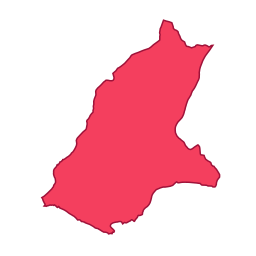 La, Oudômxai, Laos (Albers equal-area conic projection), rotated 264°
{"feature_id": "54806243B9832797211716", "entity_name": "La", "entity_type": "district", "adm_level": 2, "iso_a3": "LAO", "parent_name": "Laos", "parent_adm1": "Oudômxai", "projection": "albers", "projection_center": [102.094, 20.932], "detail": "fine", "context": "isolated", "style": "filled", "palette": "rose", "viewbox_px": 256, "rotation_deg": 264, "n_neighbors": 0, "source": "geoboundaries", "source_scale": "gbopen_adm2", "svg_char_len": 5684}
<svg xmlns="http://www.w3.org/2000/svg" viewBox="0 0 256 256"><g transform="rotate(264 128 128)"><path d="M59.2,36.4L58.9,37.7L59.0,38.5L58.7,38.9L59.0,39.4L59.0,39.8L59.2,40.4L59.1,40.9L59.3,41.5L59.5,41.9L59.5,43.0L59.2,43.4L59.3,44.2L59.2,45.3L59.0,45.6L58.8,45.9L59.2,46.7L59.1,47.1L58.4,47.5L58.0,48.2L57.6,48.4L57.4,48.7L57.0,48.8L56.7,49.2L56.4,49.5L56.7,50.0L56.9,50.3L57.2,50.8L56.9,51.1L56.3,51.2L56.0,51.7L55.5,51.9L54.1,54.5L53.0,56.3L51.5,58.2L49.2,60.6L47.6,62.8L46.7,63.9L45.8,65.2L44.4,66.4L43.6,67.1L42.2,68.0L41.7,68.5L41.8,69.1L41.9,69.7L41.7,70.3L41.1,71.1L40.1,71.7L39.8,72.0L39.8,72.4L39.6,73.3L39.3,73.8L38.8,75.2L38.3,75.4L37.5,77.0L36.1,79.9L33.7,83.2L32.0,85.0L30.9,88.0L30.3,88.5L29.5,89.7L28.0,91.5L26.9,93.2L26.9,94.0L26.7,94.9L26.1,96.4L25.6,97.1L24.8,97.5L24.7,97.6L25.0,100.2L25.0,100.3L24.6,100.8L24.5,101.0L24.8,101.3L25.1,101.2L25.3,101.2L26.0,101.8L26.0,102.1L25.8,102.6L25.9,103.1L26.3,103.4L26.7,103.5L27.0,103.7L28.0,103.2L29.6,101.9L29.9,101.6L30.5,101.1L31.0,100.7L32.0,100.2L32.5,100.2L33.5,100.6L34.0,100.8L34.9,102.3L35.3,103.6L35.6,105.5L35.7,107.8L35.6,108.0L35.8,108.5L35.9,109.5L35.8,110.6L35.6,111.2L35.4,111.5L34.8,112.0L34.6,112.1L33.6,112.5L33.2,112.7L33.6,113.3L33.9,113.8L34.3,114.2L34.3,114.4L34.4,114.8L34.2,115.1L33.9,115.9L33.9,116.3L33.9,116.7L34.2,117.4L34.4,117.9L34.6,118.4L35.1,119.5L35.3,120.2L35.3,120.4L35.6,120.9L36.3,121.7L36.4,121.9L36.3,122.3L36.2,122.5L35.5,123.4L35.3,123.7L35.2,123.9L34.9,124.0L34.7,124.1L34.5,124.4L34.6,124.6L34.7,124.8L34.9,125.0L35.2,125.2L35.7,125.5L36.1,125.8L36.5,126.2L36.9,126.7L38.0,127.8L38.4,128.1L39.0,128.4L39.2,128.6L39.5,128.7L39.8,128.8L40.0,129.1L40.0,129.3L40.0,129.7L39.8,130.2L39.8,130.9L39.9,131.3L40.0,131.8L40.1,132.1L40.5,132.9L40.5,133.2L40.7,133.3L41.0,133.4L41.5,133.5L42.0,133.5L42.4,133.6L42.8,133.9L43.5,134.3L43.8,134.3L44.5,134.6L45.8,135.7L46.9,137.1L48.0,139.1L49.7,140.9L51.4,142.1L53.6,143.1L56.1,144.0L58.0,144.6L59.1,145.2L60.5,146.2L61.9,147.6L63.1,148.9L63.8,149.7L64.3,151.4L64.6,152.4L65.0,153.6L65.4,155.5L65.6,156.8L65.4,158.7L65.5,161.4L65.7,164.1L66.3,166.5L68.1,168.8L68.9,169.9L69.3,170.8L68.3,171.9L68.2,172.9L68.3,174.2L68.4,176.3L68.1,179.4L67.6,183.2L66.1,190.7L65.3,194.0L63.7,195.2L63.4,196.3L63.1,198.7L62.8,200.2L62.0,201.5L61.8,203.0L61.5,205.3L60.5,206.3L60.3,208.3L61.3,209.3L62.8,210.0L63.7,210.1L64.7,210.4L66.7,211.3L68.0,212.4L69.5,213.9L70.7,214.1L72.1,214.2L74.2,213.3L77.7,211.6L79.4,210.3L81.0,209.4L81.2,208.4L82.6,207.2L84.9,206.7L85.8,205.8L86.9,204.1L88.8,202.0L91.2,201.1L92.8,200.8L93.5,198.7L93.5,198.1L94.0,197.4L95.2,197.2L99.7,197.3L101.7,197.2L102.6,196.8L103.9,195.8L103.5,194.8L102.8,193.5L102.5,192.9L101.9,191.8L101.0,190.4L100.5,189.4L100.1,188.3L100.2,187.5L100.7,186.3L101.5,185.4L102.5,184.8L104.6,183.3L106.2,182.8L107.9,182.2L108.9,181.3L109.3,180.9L110.0,180.1L111.7,178.6L112.0,178.2L112.5,177.6L113.7,176.7L115.0,175.8L116.8,175.2L118.3,174.7L120.3,174.7L121.9,174.8L123.5,175.1L125.0,175.7L126.8,176.8L128.4,178.0L129.2,178.8L130.1,179.9L131.5,181.5L132.2,182.3L133.0,183.0L134.4,183.9L135.6,184.6L137.2,185.3L138.9,185.9L140.4,186.6L142.3,187.2L144.4,188.1L145.7,188.6L149.1,190.2L150.3,190.9L151.6,192.0L153.0,193.0L154.1,193.9L155.0,194.3L156.1,194.8L158.3,196.0L158.9,196.7L160.7,198.2L162.1,199.2L163.2,199.9L165.4,201.2L167.1,202.2L168.1,202.9L169.6,203.7L170.8,204.1L172.4,204.3L173.5,204.5L174.5,204.6L175.2,204.6L176.0,204.7L177.3,205.1L178.3,205.3L179.3,205.6L180.0,205.9L181.1,206.3L184.4,208.0L186.6,209.1L187.3,209.5L188.7,210.4L190.3,211.5L191.8,212.6L193.3,214.0L193.9,214.5L196.9,217.3L201.3,221.0L201.3,220.9L201.4,220.1L201.2,219.2L200.5,218.2L200.2,217.4L200.3,216.8L201.7,215.0L202.4,213.6L202.5,212.6L202.3,211.9L202.0,211.2L202.0,210.3L203.2,206.5L203.4,205.8L203.3,205.0L203.0,204.2L202.0,203.4L201.1,199.6L202.6,196.7L203.2,194.7L205.0,193.9L207.6,193.3L209.6,190.8L211.5,189.7L213.8,189.2L216.3,188.2L218.6,187.8L219.9,186.6L220.9,184.7L222.2,183.6L224.2,183.5L228.1,182.6L229.4,179.9L230.4,177.1L231.5,174.6L224.9,171.4L223.5,170.5L219.4,169.4L219.2,169.4L217.4,169.7L216.8,169.5L215.9,169.2L213.0,168.9L212.1,168.7L211.1,167.2L208.8,163.2L208.1,162.0L206.2,159.4L204.9,157.1L204.2,153.9L203.8,152.1L203.1,149.5L202.1,146.2L201.3,142.8L200.3,139.6L199.3,138.4L197.7,137.2L196.0,135.2L192.6,131.4L190.1,127.5L188.9,125.2L188.6,124.2L188.4,123.9L188.0,123.5L186.3,122.1L183.9,118.7L179.6,119.4L178.0,119.0L177.2,118.4L176.8,117.7L176.7,116.6L176.9,115.0L177.4,113.6L177.7,112.2L177.8,111.4L177.6,110.6L177.1,110.2L176.3,108.7L173.9,106.0L172.4,104.1L170.9,102.0L169.0,100.2L167.7,99.7L164.6,99.6L163.7,99.3L162.9,98.9L160.5,97.6L159.2,97.1L158.0,96.7L155.3,96.5L153.3,95.8L151.0,95.8L148.9,95.0L147.7,95.0L147.0,94.5L146.3,93.5L144.8,92.1L144.2,91.6L143.3,91.1L143.2,91.1L141.7,90.0L141.0,89.4L140.6,88.8L140.1,88.2L139.7,87.9L138.6,87.6L137.7,87.9L137.1,87.8L136.2,87.8L132.1,86.6L131.2,86.2L130.6,85.6L129.6,84.1L128.7,82.8L125.7,79.3L123.5,76.8L122.8,76.2L121.1,75.3L118.1,75.4L117.4,75.3L115.8,74.8L113.3,73.3L111.1,71.7L109.8,70.5L109.0,69.2L107.7,68.2L105.9,65.7L105.4,64.5L103.5,61.3L103.4,59.8L102.8,59.7L102.6,59.5L102.5,59.2L102.3,58.8L101.9,58.5L101.7,58.2L101.5,57.7L101.3,57.1L101.3,56.7L100.5,56.4L100.1,56.0L99.7,55.8L99.5,55.5L99.2,54.9L99.1,54.5L98.6,54.5L98.4,54.3L98.5,53.9L98.6,53.5L98.2,53.4L96.9,52.6L95.8,51.3L94.8,50.3L93.9,49.8L93.0,49.5L91.6,49.4L90.5,49.2L89.3,49.2L86.9,49.7L85.5,50.3L83.5,50.4L81.6,50.3L80.1,49.4L79.4,48.6L78.6,48.1L77.4,47.7L76.4,46.7L75.3,45.8L71.7,41.3L69.0,37.6L68.2,35.9L67.8,35.0L66.5,35.7L64.7,36.0L61.5,37.2L60.9,37.6L60.3,37.4L60.0,37.3L59.7,36.9L59.2,36.4Z" fill="#f43f5e" stroke="#9f1239" stroke-width="1.5"/></g></svg>